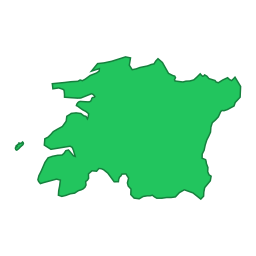 the border of North Jeolla
{"feature_id": "KOR-2499", "entity_name": "North Jeolla", "entity_type": "Province", "adm_level": 1, "iso_a3": "KOR", "parent_name": "South Korea", "parent_adm1": "", "projection": "orthographic", "projection_center": [126.968, 35.705], "detail": "fine", "context": "isolated", "style": "filled", "palette": "green", "viewbox_px": 256, "rotation_deg": 0, "n_neighbors": 0, "source": "natural_earth", "source_scale": "10m", "svg_char_len": 2801}
<svg xmlns="http://www.w3.org/2000/svg" viewBox="0 0 256 256"><path d="M40.4,183.6L38.6,181.4L37.9,179.7L38.9,175.7L41.3,170.9L45.0,162.3L48.1,157.8L52.5,156.3L57.6,155.3L61.9,155.1L63.9,153.5L65.8,150.7L68.5,150.0L70.9,152.8L73.4,155.8L75.2,156.4L73.4,150.2L72.2,147.4L70.1,146.2L50.9,149.3L44.3,145.1L44.7,140.6L44.8,138.8L48.0,137.2L50.8,134.5L53.3,131.6L57.4,129.2L62.4,126.5L66.2,121.2L66.8,116.3L68.9,115.0L70.4,114.1L71.2,113.4L76.1,112.9L80.8,113.5L83.8,115.8L86.0,116.4L87.4,118.9L88.0,117.5L88.4,115.6L88.6,113.7L86.8,112.2L85.6,111.3L83.0,110.0L80.1,108.0L77.7,106.2L76.4,105.6L76.8,104.2L77.9,102.6L79.1,101.7L80.3,101.4L87.8,101.9L89.5,101.8L90.7,101.1L91.5,99.7L91.8,98.4L92.5,97.6L94.3,97.3L94.9,96.7L94.2,95.5L92.8,94.2L91.2,93.7L90.8,94.0L80.8,98.0L77.5,98.1L71.0,97.7L64.5,97.2L64.5,94.3L64.1,90.3L62.9,89.3L58.8,87.9L52.9,88.8L52.3,83.7L64.6,82.5L71.2,81.7L77.9,81.3L80.1,80.0L82.4,80.7L85.2,79.2L90.2,75.5L96.5,73.0L99.2,71.1L99.4,68.6L91.5,71.1L97.6,63.6L104.0,62.9L111.6,61.3L125.5,56.9L130.5,57.9L129.3,65.2L132.2,69.7L136.2,68.9L139.9,67.5L147.3,66.0L149.3,65.3L151.2,64.5L154.0,63.9L155.8,61.0L158.0,58.7L162.4,62.5L168.5,73.4L172.9,75.6L174.7,76.1L175.5,77.7L174.5,79.6L175.1,81.0L182.9,82.0L185.8,81.2L189.8,81.0L193.8,79.9L197.0,77.0L200.2,73.8L201.3,75.1L202.6,76.3L203.7,76.0L204.6,74.9L206.9,76.2L208.9,78.6L215.0,80.5L216.2,82.1L218.4,82.7L222.7,80.0L227.6,77.7L229.6,79.6L231.6,80.6L233.3,79.0L235.0,77.2L240.6,86.5L240.1,97.2L235.2,102.5L234.0,106.0L227.3,109.6L224.0,110.7L222.1,110.5L220.8,111.4L218.3,116.9L215.4,120.0L212.3,122.7L210.9,127.1L210.5,132.2L208.8,136.0L206.8,139.9L205.2,145.0L204.1,150.2L202.2,154.0L202.1,158.2L205.6,159.7L206.1,161.5L206.4,163.6L207.9,167.5L207.7,171.8L209.1,174.9L211.1,176.2L210.3,180.8L204.7,187.6L203.8,192.1L203.6,196.2L200.8,199.1L193.0,192.9L184.3,189.8L179.4,192.6L175.4,196.9L171.2,197.5L166.7,197.5L161.8,198.2L156.8,198.2L154.4,196.8L152.4,195.2L150.0,195.8L147.2,195.8L143.1,196.5L139.2,198.8L134.1,198.1L130.8,194.6L131.0,189.1L128.2,186.0L127.4,182.9L128.6,178.1L125.9,173.9L121.9,174.1L120.9,175.9L119.5,177.1L118.7,179.3L118.4,181.7L114.2,181.8L107.8,173.1L103.6,169.7L101.3,168.7L98.8,168.5L96.6,171.2L92.0,170.8L88.5,173.8L88.5,176.1L88.6,178.3L87.4,180.2L85.7,181.5L85.8,183.2L86.0,185.0L84.9,187.3L83.1,188.9L80.9,189.9L78.5,190.6L76.6,191.8L74.7,193.1L70.2,193.8L65.9,195.4L61.8,196.4L58.4,195.2L58.7,190.7L59.6,186.2L60.4,180.1L56.5,179.1L43.2,182.7L40.4,183.6L40.4,183.6ZM16.4,150.1L15.8,149.5L15.4,148.4L15.6,147.3L17.1,146.6L16.9,146.3L16.2,145.9L16.5,145.5L17.3,145.1L17.8,144.4L18.6,144.2L19.1,144.0L18.9,143.1L19.5,143.1L21.0,143.4L22.0,142.6L22.5,142.0L23.1,142.5L23.4,143.5L22.9,144.7L20.4,146.9L18.7,148.7L17.6,149.5L17.2,149.9L16.4,150.1Z" fill="#22c55e" stroke="#15803d" stroke-width="1.5"/></svg>